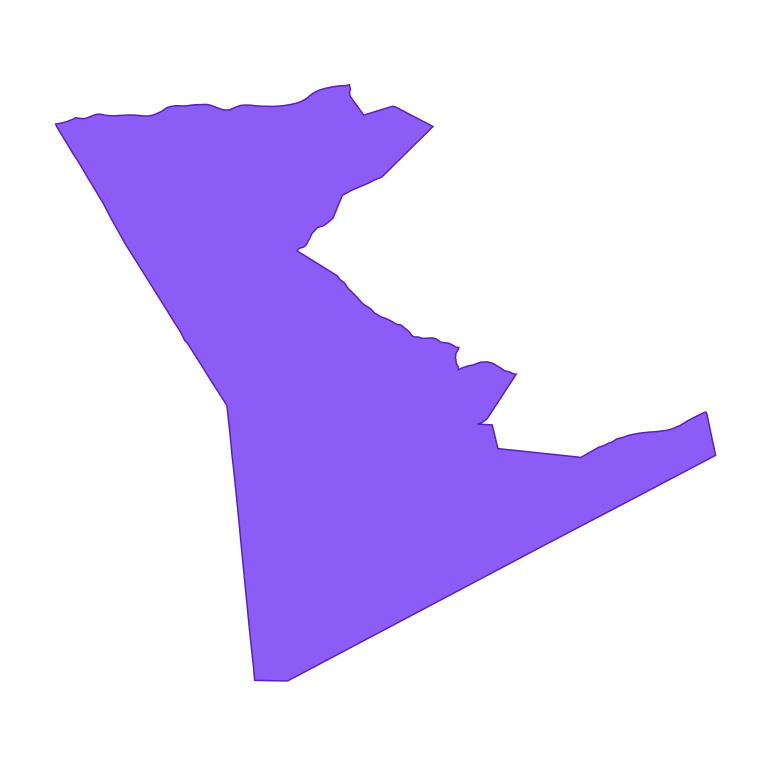 the district of Ijara, North-Eastern, Kenya, rotated 91°
{"feature_id": "3690345B80004125723360", "entity_name": "Ijara", "entity_type": "district", "adm_level": 2, "iso_a3": "KEN", "parent_name": "Kenya", "parent_adm1": "North-Eastern", "projection": "equal_earth", "projection_center": [40.405, -1.432], "detail": "fine", "context": "isolated", "style": "filled", "palette": "violet", "viewbox_px": 768, "rotation_deg": 91, "n_neighbors": 0, "source": "geoboundaries", "source_scale": "gbopen_adm2", "svg_char_len": 6117}
<svg xmlns="http://www.w3.org/2000/svg" viewBox="0 0 768 768"><g transform="rotate(91 384 384)"><path d="M85.4,423.8L85.9,425.5L86.2,427.1L86.6,432.7L86.8,434.6L87.0,435.9L87.2,437.0L87.3,437.9L87.7,439.7L88.0,441.5L88.3,443.0L88.6,444.3L89.0,446.1L89.7,448.9L90.8,452.4L91.3,453.8L91.9,455.1L92.6,456.6L93.2,457.8L94.1,459.2L95.1,460.8L95.8,461.7L96.4,462.4L98.2,464.4L98.9,465.2L100.0,466.8L101.4,468.9L102.2,470.3L103.1,472.0L103.9,474.0L104.4,475.7L105.1,477.7L105.2,478.3L106.1,481.8L106.5,484.1L107.1,487.3L107.6,491.1L108.0,494.7L108.3,497.9L108.4,501.9L108.4,505.4L108.4,508.5L108.3,512.9L108.1,516.2L107.6,522.0L107.5,523.2L107.5,525.4L107.5,527.1L107.6,528.6L107.9,531.1L107.9,531.6L108.3,533.3L108.5,533.8L108.8,534.7L109.7,536.9L110.8,539.4L111.6,541.0L112.1,542.2L112.2,542.6L112.4,543.1L112.6,543.9L112.7,544.3L112.8,545.0L112.8,545.7L112.8,547.0L112.7,548.5L112.6,549.3L112.3,550.8L111.7,552.7L111.4,553.6L111.3,554.1L110.0,557.5L109.6,558.7L109.2,559.8L108.6,561.4L108.1,563.2L108.0,563.7L107.9,564.3L107.8,565.0L107.6,565.8L107.6,566.4L107.6,567.8L107.8,571.0L107.9,573.5L108.0,575.2L108.1,577.7L108.2,578.6L108.5,581.2L109.4,587.1L109.4,587.6L109.5,588.7L109.5,590.8L109.4,592.0L109.4,593.4L109.4,594.3L109.4,596.5L109.6,598.6L109.7,599.2L110.0,600.7L110.2,601.8L110.3,602.4L110.5,603.2L110.9,604.3L111.1,604.8L111.9,606.5L112.3,607.2L113.3,608.5L114.7,610.3L115.6,611.8L117.1,615.0L117.8,616.3L118.5,617.9L119.0,619.2L119.3,620.3L119.4,620.8L119.7,622.1L119.8,622.6L120.0,624.1L120.2,625.2L120.2,625.7L120.2,626.1L120.2,628.6L119.7,635.0L119.5,637.2L119.5,638.7L119.5,643.6L120.1,652.4L120.2,654.4L120.5,657.7L120.6,658.9L120.5,661.8L120.4,664.2L120.4,664.8L120.2,666.9L120.1,667.5L119.9,668.6L119.5,670.5L119.2,672.3L119.2,672.8L119.2,673.8L119.3,675.3L119.4,676.0L119.9,677.7L120.3,678.8L121.4,681.5L121.8,682.4L122.0,682.9L123.1,685.5L123.5,686.8L123.7,687.4L123.8,688.2L123.9,688.8L123.9,689.7L123.9,690.2L123.8,691.6L123.6,693.8L123.3,695.9L123.2,696.5L123.2,697.0L123.5,697.5L123.8,698.1L124.5,699.4L125.0,700.4L125.5,701.7L125.9,702.5L126.6,704.2L127.1,705.6L127.3,706.3L128.2,709.3L128.9,712.1L129.3,713.9L129.6,715.4L129.8,716.8L132.0,716.0L137.6,712.5L145.9,707.2L147.6,706.1L149.4,705.0L151.9,703.4L158.6,699.3L159.8,698.4L161.7,697.2L165.6,694.5L170.5,691.4L176.8,687.5L180.0,685.6L190.1,679.2L192.3,677.9L194.6,676.4L208.1,668.0L224.2,659.2L242.7,648.4L247.7,645.6L256.4,639.9L274.0,628.4L309.4,605.4L327.2,593.9L335.4,588.4L344.1,583.9L346.2,581.6L369.1,566.4L377.4,561.1L385.7,555.8L388.7,553.7L391.8,551.7L394.8,549.6L397.8,547.6L403.5,543.8L405.8,542.4L408.4,540.7L430.4,537.9L434.2,537.4L459.6,534.5L471.7,532.9L483.8,531.4L519.2,527.2L552.0,523.5L590.7,519.0L633.9,514.0L651.7,511.8L670.5,509.4L682.6,508.2L682.6,476.0L682.5,475.0L682.1,474.2L681.5,473.3L542.3,220.8L496.7,137.2L449.5,51.2L407.9,60.8L406.5,61.5L406.9,63.3L408.3,66.0L410.0,69.6L410.8,71.1L411.6,72.5L412.3,74.0L413.8,76.7L415.3,79.4L417.9,83.5L420.6,87.8L421.3,89.7L422.8,92.6L423.5,94.2L424.0,95.8L424.4,96.9L425.5,101.1L426.0,105.3L426.5,107.9L426.8,110.7L427.2,113.7L427.3,117.0L427.7,120.0L428.5,126.4L428.9,128.7L429.4,131.2L430.1,134.4L431.3,139.1L433.1,143.7L433.5,145.4L434.6,149.5L435.4,151.3L436.1,152.1L438.1,155.0L438.7,156.8L439.2,158.6L440.4,160.5L441.0,161.5L441.3,162.1L442.2,164.4L442.8,165.9L443.2,167.7L447.9,175.7L454.1,186.0L453.7,188.1L446.6,269.0L423.0,275.1L422.5,289.8L421.8,288.0L421.4,286.8L420.9,285.4L420.3,284.5L419.1,283.0L418.2,281.7L417.0,280.3L371.9,252.0L371.9,253.1L371.6,254.2L371.3,255.6L370.5,257.1L369.8,258.7L369.1,261.7L368.7,263.2L368.3,264.0L368.1,264.5L367.8,265.0L366.5,266.8L365.9,267.6L364.7,270.0L363.5,272.0L362.5,273.5L361.8,274.8L361.3,276.2L360.9,277.2L360.6,278.3L360.5,278.7L360.3,280.4L360.1,281.5L360.1,282.1L360.3,283.4L360.3,285.8L360.4,287.1L360.5,287.6L361.1,289.2L361.4,290.5L361.9,291.4L362.4,292.8L362.7,293.8L363.4,295.1L363.7,296.3L363.8,297.6L364.5,300.5L365.6,303.3L366.2,305.6L367.8,308.4L368.2,309.8L366.8,309.8L365.7,310.0L364.3,310.6L363.3,311.4L362.4,312.0L361.6,312.2L360.8,312.3L358.8,312.5L358.0,312.5L357.2,313.0L356.3,313.2L355.5,313.0L354.6,312.7L354.2,312.7L353.3,312.8L352.4,312.7L351.0,312.0L349.4,311.0L348.5,310.4L346.2,309.8L346.3,311.0L346.0,312.1L345.4,313.4L344.7,314.8L343.5,316.8L343.0,317.9L342.6,318.9L342.1,320.0L341.9,321.0L341.7,323.5L341.5,325.9L341.3,327.7L340.7,328.9L338.3,332.0L337.7,333.6L337.4,335.0L337.1,336.4L337.1,337.8L337.6,343.6L337.6,345.2L337.6,346.4L337.4,347.5L337.2,348.3L336.7,349.5L336.4,350.9L336.4,353.5L336.3,354.5L336.1,355.1L335.7,356.0L335.1,356.8L334.4,357.5L333.6,358.2L332.8,358.6L332.2,359.0L331.6,359.6L330.7,360.5L326.1,366.2L325.3,367.2L324.7,368.2L324.5,369.2L324.4,370.7L324.3,371.3L324.1,372.2L323.9,372.7L323.7,373.2L321.7,376.6L321.1,377.6L319.2,381.6L318.1,384.0L317.8,385.2L317.3,387.2L316.5,388.8L316.2,389.4L315.0,391.3L314.0,393.3L313.2,394.7L312.0,395.8L309.4,398.3L308.6,399.1L306.8,402.2L306.0,403.7L304.8,405.5L303.9,406.7L302.4,408.2L299.5,410.9L298.3,411.9L294.8,415.4L291.6,418.7L291.0,419.6L290.0,420.6L288.5,421.9L287.0,423.0L285.5,423.9L283.9,425.1L283.0,426.1L280.6,429.5L279.5,430.6L278.1,431.6L276.9,432.2L252.4,473.2L251.6,472.5L250.6,471.9L249.8,471.0L249.5,470.0L249.2,469.0L248.9,468.0L248.5,466.9L247.8,465.6L246.4,464.4L245.4,463.8L244.6,463.3L243.1,462.7L241.6,461.8L240.5,461.2L239.4,460.6L238.6,460.3L237.6,459.9L236.4,459.4L235.1,458.8L233.9,458.0L232.8,456.9L232.0,456.1L230.4,454.8L229.4,454.0L228.7,453.1L228.3,451.9L227.4,448.9L226.8,447.3L226.0,446.0L224.8,444.5L223.9,443.4L222.6,441.8L221.1,440.0L219.7,438.6L218.7,437.8L217.9,437.4L207.6,433.5L196.1,428.9L194.4,425.9L193.2,423.8L192.4,422.4L191.6,421.0L191.0,419.9L190.3,418.6L189.2,416.2L188.3,414.0L186.8,410.7L186.3,409.5L184.4,405.2L183.8,404.0L183.3,402.8L180.7,397.9L179.9,396.3L179.2,394.6L178.7,393.5L177.2,389.9L141.2,354.7L140.2,353.6L129.7,343.4L125.7,339.5L106.7,377.5L106.1,380.2L115.5,408.9L100.1,420.5L99.3,420.9L98.2,421.9L97.2,422.6L96.2,422.9L95.1,423.2L93.8,423.4L92.6,423.5L91.4,423.3L90.3,422.7L85.4,423.8Z" fill="#8b5cf6" stroke="#5b21b6" stroke-width="1.5"/></g></svg>